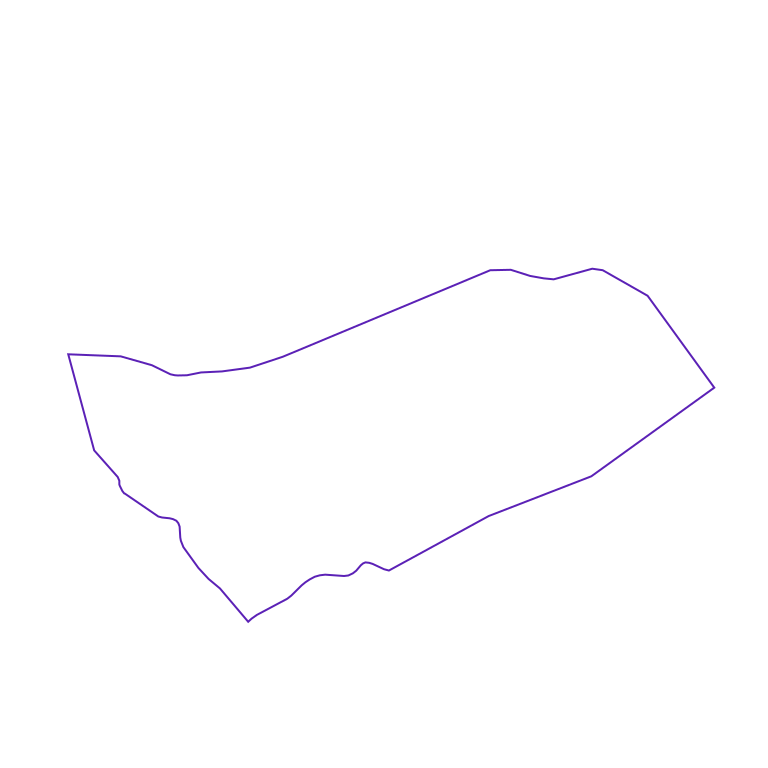 Ghardaïa, Albers equal-area conic projection, rotated 240°
{"feature_id": "DZA-2192", "entity_name": "Ghardaïa", "entity_type": "Province", "adm_level": 1, "iso_a3": "DZA", "parent_name": "Algeria", "parent_adm1": "", "projection": "albers", "projection_center": [3.122, 31.033], "detail": "fine", "context": "isolated", "style": "outline", "palette": "violet", "viewbox_px": 768, "rotation_deg": 240, "n_neighbors": 0, "source": "natural_earth", "source_scale": "10m", "svg_char_len": 957}
<svg xmlns="http://www.w3.org/2000/svg" viewBox="0 0 768 768"><g transform="rotate(240 384 384)"><path d="M220.0,295.0L223.6,291.4L233.9,284.2L236.6,281.7L238.8,278.7L239.1,276.2L238.6,273.3L236.2,266.6L235.6,262.4L236.0,257.4L237.7,253.4L248.3,237.7L250.4,232.8L251.7,227.7L251.9,222.0L251.6,216.9L250.8,212.0L247.1,197.9L246.4,192.9L247.6,158.6L247.0,152.0L246.0,147.5L289.0,139.7L302.9,134.6L317.5,131.3L343.0,128.7L349.8,129.7L352.9,130.8L362.7,135.7L366.3,136.3L369.4,135.8L372.5,133.7L374.9,131.2L379.4,125.0L382.1,122.3L418.8,104.7L419.2,104.3L422.2,103.9L428.1,104.3L429.4,104.6L432.5,106.4L436.6,106.9L471.4,99.8L567.6,125.4L539.6,169.8L516.3,192.4L499.2,203.9L496.2,207.2L494.5,209.7L490.1,217.7L485.5,231.3L475.9,250.0L465.2,276.1L458.2,310.0L429.4,532.9L419.5,550.9L404.5,564.6L395.6,575.2L389.8,583.3L379.7,622.0L373.2,630.3L328.6,656.4L215.7,668.2L200.4,517.4L217.3,408.7L220.0,295.0Z" fill="none" stroke="#5b21b6" stroke-width="2"/></g></svg>